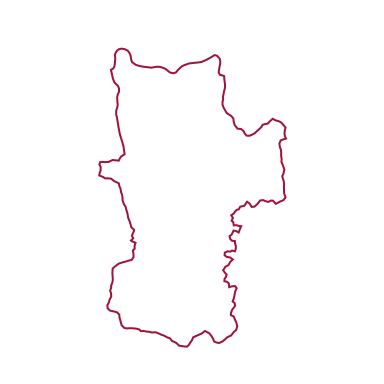 outline of Anhembi, São Paulo, Brazil, rotated 350°
{"feature_id": "56859067B93211874574950", "entity_name": "Anhembi", "entity_type": "district", "adm_level": 2, "iso_a3": "BRA", "parent_name": "Brazil", "parent_adm1": "São Paulo", "projection": "mercator", "projection_center": [-48.17, -22.796], "detail": "fine", "context": "isolated", "style": "outline", "palette": "rose", "viewbox_px": 384, "rotation_deg": 350, "n_neighbors": 0, "source": "geoboundaries", "source_scale": "gbopen_adm2", "svg_char_len": 4096}
<svg xmlns="http://www.w3.org/2000/svg" viewBox="0 0 384 384"><g transform="rotate(350 192 192)"><path d="M243.8,83.5L241.9,82.3L239.8,81.5L239.0,78.7L241.1,72.8L242.1,70.3L242.6,67.7L242.3,65.3L240.3,62.1L237.9,61.1L234.3,62.6L230.5,63.9L228.3,64.6L224.0,65.6L220.0,65.5L216.7,65.2L214.7,65.1L211.3,64.9L206.6,65.7L204.1,66.4L202.0,67.6L199.0,69.7L196.9,71.5L194.0,71.8L191.1,70.5L187.2,66.1L185.4,64.9L182.5,63.4L180.4,62.7L178.0,62.5L173.5,62.5L166.0,60.2L163.7,59.4L161.0,58.2L158.6,56.9L155.6,53.8L155.1,51.4L155.2,47.0L154.7,44.6L153.2,41.6L150.6,39.7L147.6,38.6L145.3,38.6L142.9,39.6L140.9,41.7L139.9,43.7L139.6,47.2L138.7,50.6L138.1,52.8L137.3,55.0L135.9,56.7L133.4,57.6L133.6,61.6L133.8,66.6L134.6,70.4L135.8,72.4L137.5,74.5L138.1,77.5L137.5,80.7L135.8,83.1L134.8,85.6L134.2,90.0L134.1,92.5L133.5,94.8L131.5,98.7L130.8,102.3L131.0,105.0L131.0,109.4L130.9,114.1L130.9,119.0L131.0,122.0L131.2,124.5L131.6,127.3L132.1,131.6L132.5,135.5L132.3,139.2L132.2,143.1L128.3,144.8L126.5,146.7L125.3,148.4L119.4,146.7L114.9,147.9L111.5,147.5L108.9,146.7L106.8,146.6L105.6,148.9L106.4,151.6L105.7,155.0L104.3,157.3L103.5,159.6L107.1,161.8L108.9,163.6L111.6,163.9L114.8,164.9L116.9,167.5L119.3,169.2L121.4,170.7L121.5,173.6L122.2,176.5L122.1,179.6L122.7,182.8L122.6,185.1L122.2,188.3L122.8,192.1L124.1,195.1L124.2,198.0L124.7,201.2L124.7,204.0L124.7,206.5L125.5,210.0L125.9,213.1L126.1,216.1L128.5,219.4L127.1,221.8L125.2,224.6L126.1,227.4L123.5,229.2L125.0,230.6L127.6,232.2L126.1,235.0L125.7,237.9L123.6,239.4L123.6,242.9L123.1,246.0L120.7,248.5L118.4,248.5L115.7,248.9L111.7,249.2L107.5,249.8L103.9,251.6L100.6,253.6L99.6,257.5L99.2,261.0L98.8,264.7L97.6,267.9L96.2,269.9L95.7,272.4L94.2,275.1L94.7,277.5L94.3,281.0L92.2,283.6L90.8,286.6L89.0,288.7L88.7,291.9L90.6,294.5L94.6,296.2L97.3,297.5L99.1,300.1L98.8,302.6L99.2,307.4L99.6,311.0L101.9,314.3L104.7,315.1L107.1,315.3L109.7,315.9L112.8,316.7L116.2,318.2L117.6,320.2L120.0,320.4L122.3,321.3L125.7,322.3L128.1,323.4L131.8,323.8L134.3,325.3L136.7,327.0L139.6,328.6L142.1,330.7L144.9,332.3L146.4,335.2L148.4,336.5L150.6,338.2L152.5,341.0L155.2,342.0L158.0,342.9L160.2,343.4L162.3,342.2L163.8,340.3L166.3,337.9L167.8,335.4L170.6,334.6L173.9,333.8L176.8,333.1L180.7,331.1L184.6,334.3L186.1,337.1L187.2,340.0L187.8,343.0L190.0,344.5L192.4,345.4L196.1,344.5L198.6,343.1L201.1,341.4L203.1,340.7L205.6,340.1L208.9,337.1L211.6,335.5L213.3,332.0L213.0,328.6L212.1,324.8L211.5,321.9L208.9,320.0L209.4,317.8L211.3,314.7L213.3,313.0L214.8,311.2L214.7,308.8L213.0,306.8L214.7,304.1L215.9,301.0L217.5,297.0L219.3,294.5L218.2,292.2L215.0,291.8L212.1,292.2L212.4,288.5L210.9,286.5L208.4,285.5L208.9,283.3L210.7,281.5L211.8,279.3L210.3,277.0L209.1,274.4L212.1,271.3L215.1,270.4L217.4,267.6L220.5,265.5L218.0,263.0L215.0,262.0L213.1,259.9L213.8,257.4L216.8,256.6L219.4,257.4L221.3,256.6L224.0,257.9L225.3,255.4L225.8,253.0L225.5,250.5L225.7,247.7L223.0,247.0L221.5,244.9L221.3,242.0L223.8,240.7L226.2,237.2L228.5,238.0L230.9,240.0L232.8,236.8L234.5,234.2L232.5,233.8L230.4,232.5L227.3,232.1L227.4,228.7L226.0,227.2L227.8,224.7L226.6,221.8L229.5,220.4L231.2,218.5L233.0,217.3L235.1,217.2L236.8,214.9L241.2,214.6L244.5,211.1L246.7,213.3L248.2,217.1L251.1,217.2L254.3,215.2L257.6,212.2L260.6,212.3L263.0,213.9L265.5,215.0L268.2,214.1L270.2,214.6L272.5,218.2L277.2,216.7L280.6,215.9L283.2,213.6L282.5,209.1L283.4,203.0L284.2,199.9L284.2,197.5L283.9,195.1L283.6,192.2L285.3,189.7L286.8,185.9L286.1,181.2L285.3,177.9L286.0,175.1L286.1,171.5L286.7,168.6L286.9,166.0L286.4,163.1L286.5,159.4L288.3,156.6L291.4,156.0L293.9,155.7L293.2,153.0L293.2,150.7L293.9,148.0L295.3,144.8L293.5,141.6L291.8,138.9L289.8,137.4L286.5,135.8L284.2,133.9L280.8,136.0L278.5,137.8L275.3,137.8L273.2,138.1L271.3,140.3L269.6,141.5L267.1,143.0L263.8,145.1L261.0,146.0L258.4,146.6L255.6,146.0L254.1,143.5L253.4,141.0L251.3,138.5L247.8,137.5L245.7,133.6L245.3,130.0L245.5,126.9L243.9,124.0L239.9,120.3L239.1,118.2L237.8,114.4L237.2,111.4L237.7,108.6L238.8,106.1L238.9,103.8L240.0,101.4L240.9,98.7L242.7,94.8L243.2,91.3L243.4,86.5L243.8,83.5Z" fill="none" stroke="#9f1239" stroke-width="2"/></g></svg>